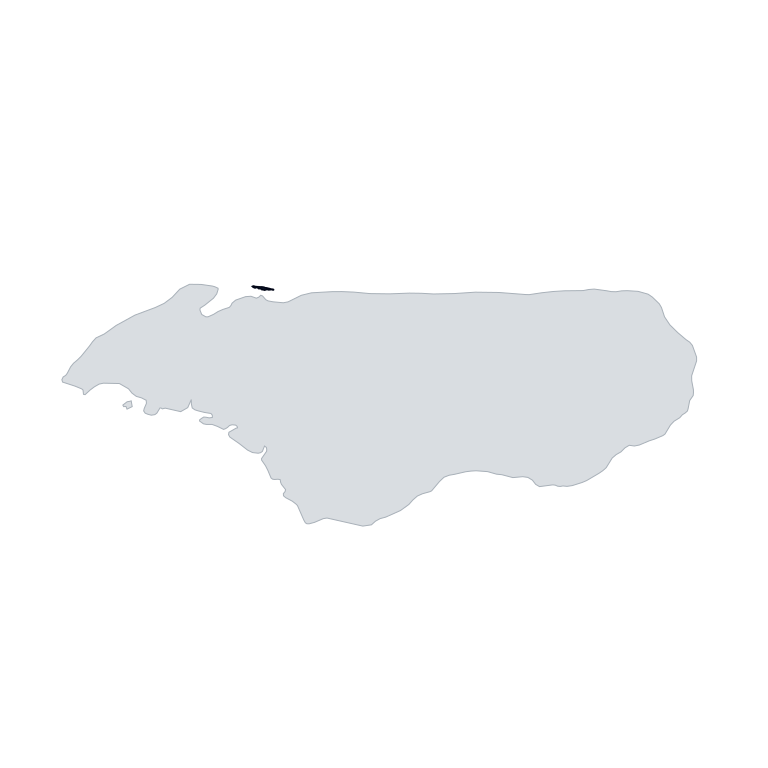 Sainte Marie, Analanjirofo, Madagascar (highlighted), rotated 253°
{"feature_id": "10022922B25342620887316", "entity_name": "Sainte Marie", "entity_type": "district", "adm_level": 2, "iso_a3": "MDG", "parent_name": "Madagascar", "parent_adm1": "Analanjirofo", "projection": "orthographic", "projection_center": [49.903, -16.911], "detail": "fine", "context": "in_parent", "style": "filled", "palette": "ink", "viewbox_px": 768, "rotation_deg": 253, "n_neighbors": 0, "source": "geoboundaries", "source_scale": "gbopen_adm2", "svg_char_len": 5958}
<svg xmlns="http://www.w3.org/2000/svg" viewBox="0 0 768 768"><g transform="rotate(253 384 384)"><path d="M494.6,93.1L496.6,97.8L499.0,102.4L506.4,113.4L509.6,117.6L512.3,122.1L513.6,131.1L518.3,145.0L522.7,166.0L524.0,187.6L525.4,197.4L528.8,206.8L534.4,216.4L536.2,227.2L532.7,238.2L527.8,248.6L526.5,250.6L524.1,253.3L523.1,253.1L519.1,250.4L515.9,246.0L511.8,235.7L510.3,230.4L508.6,229.6L503.8,230.0L500.3,233.3L499.7,235.4L500.4,241.2L501.8,246.5L502.4,251.8L502.5,258.5L503.8,260.6L505.7,262.3L507.6,266.7L508.0,277.2L506.8,282.4L503.4,287.0L503.6,289.5L504.9,292.1L503.7,293.6L499.2,295.6L497.4,297.4L495.0,302.0L491.1,311.5L490.6,316.3L493.0,330.9L492.4,341.3L487.5,361.3L484.7,370.7L480.7,382.0L474.6,396.9L468.6,415.6L463.5,434.8L459.8,446.3L455.6,457.7L449.9,477.8L445.1,498.2L437.9,520.7L428.1,545.7L427.0,549.0L425.1,561.7L423.0,572.8L420.4,583.7L415.1,601.8L414.5,607.4L413.3,612.8L408.1,624.1L405.9,628.4L404.4,632.8L403.6,638.5L402.1,644.0L398.3,654.1L392.7,662.8L388.7,666.0L380.2,670.7L375.9,671.7L366.2,671.9L356.9,674.7L347.3,679.9L338.1,685.8L334.6,688.6L330.7,690.2L318.4,690.8L314.7,689.7L301.9,680.6L297.1,679.2L288.0,678.2L285.2,677.4L282.6,676.3L278.8,671.5L271.3,667.5L269.5,666.3L268.2,663.5L267.4,660.4L265.3,657.0L263.6,650.5L261.0,645.9L253.9,638.0L253.1,635.5L252.2,626.8L252.1,621.0L251.0,610.3L251.5,605.3L253.7,600.6L252.5,595.8L249.8,590.7L248.6,585.4L246.5,580.6L239.0,572.0L237.1,567.8L235.7,563.3L232.4,549.5L231.9,544.7L231.8,534.4L232.6,529.1L234.2,525.3L234.5,522.6L235.5,520.2L237.2,518.2L238.2,515.9L240.4,502.7L243.7,499.7L248.7,497.8L252.6,494.3L254.8,489.6L256.8,479.9L262.8,470.2L264.9,465.2L269.9,457.5L274.1,446.7L275.3,441.7L276.2,436.5L277.0,425.2L277.7,419.6L277.3,414.1L274.5,408.5L267.9,398.3L267.6,396.4L267.8,388.7L267.1,383.1L264.6,377.6L261.5,372.5L258.2,362.8L256.2,346.7L256.4,340.9L255.3,335.7L253.0,330.8L254.3,322.2L272.5,290.3L273.0,286.6L272.0,277.1L272.2,271.5L272.9,269.4L274.3,268.2L277.6,267.5L293.1,265.7L295.0,264.7L298.8,262.0L304.1,256.7L306.5,255.2L308.6,255.7L310.0,257.9L311.8,259.0L318.0,256.6L320.4,256.4L322.9,256.8L324.0,254.6L324.6,251.7L325.5,249.7L327.1,248.5L335.2,247.7L340.4,246.8L347.0,244.7L348.5,245.1L354.0,252.1L355.6,252.7L357.7,253.0L359.6,251.6L355.1,248.0L354.4,245.9L354.6,243.4L356.9,238.2L360.7,234.2L369.4,228.1L378.3,221.1L381.0,220.5L383.2,221.6L385.0,229.7L384.9,231.1L386.3,231.2L388.0,230.2L389.4,226.9L389.5,224.2L388.2,221.6L387.6,219.3L387.5,217.3L392.1,212.4L395.6,207.8L397.3,202.3L398.7,199.7L402.5,196.8L403.6,197.2L404.5,199.6L405.1,202.0L404.1,204.4L402.7,206.9L402.2,210.1L404.4,210.7L406.4,209.9L409.3,204.0L412.6,198.5L414.6,195.6L417.2,193.6L421.4,194.0L425.5,195.2L418.8,189.4L417.0,181.5L424.9,167.7L425.0,164.8L426.1,163.9L426.6,162.8L422.5,158.2L421.7,155.9L422.2,152.4L424.1,149.3L425.9,147.1L428.5,146.3L430.5,147.4L435.0,151.2L438.0,151.8L441.6,148.1L444.6,143.5L449.0,140.3L454.1,138.3L461.8,131.1L466.8,116.0L467.2,111.6L466.0,106.3L464.2,101.3L461.2,95.0L462.0,93.6L466.2,94.4L467.7,93.5L472.3,87.9L479.8,77.2L482.3,77.2L484.5,79.2L485.3,82.1L486.8,84.2L492.0,89.3L494.6,93.1ZM441.8,135.6L441.8,137.3L436.0,136.6L435.1,130.9L437.9,130.7L438.5,128.4L440.2,128.1L442.1,133.1L441.8,135.6ZM512.2,296.1L507.3,304.4L508.7,297.5L514.4,287.4L516.0,286.6L512.2,296.1Z" fill="#d9dde1" stroke="#a8b0b8" stroke-width="1"/><path d="M515.5,287.0L515.5,286.9L515.4,287.0L515.2,287.0L514.8,287.2L514.7,287.2L514.6,287.3L514.5,287.5L514.4,287.6L514.3,287.8L514.2,288.0L514.1,288.3L513.8,288.4L513.7,288.5L513.5,288.8L513.6,289.0L513.8,289.4L513.8,289.5L513.7,289.7L513.7,289.9L513.7,290.0L513.7,290.3L513.6,290.5L513.5,290.8L513.4,290.9L513.3,291.0L513.2,291.1L513.0,291.4L512.9,291.5L512.7,291.6L512.4,291.8L512.2,291.9L512.0,292.0L511.9,292.0L511.8,292.3L511.8,292.5L511.7,292.7L511.7,292.8L511.6,293.0L511.5,293.3L511.4,293.4L511.4,293.5L511.3,293.8L511.2,293.9L511.0,294.1L510.9,294.2L510.8,294.4L510.8,294.5L510.7,294.6L510.6,294.8L510.6,294.7L510.5,294.8L510.3,294.8L510.1,294.9L509.9,294.9L509.9,295.0L509.8,295.3L509.7,295.4L509.6,295.5L509.6,295.8L509.4,296.1L509.2,296.3L509.1,296.6L509.0,296.9L508.8,297.1L508.8,297.3L508.7,297.3L508.7,297.6L508.6,298.0L508.7,298.4L508.7,298.6L508.8,298.7L508.9,298.9L508.9,299.0L508.9,299.3L508.8,299.5L508.7,299.7L508.5,299.8L508.5,300.0L508.4,300.4L508.5,300.4L508.5,300.6L508.4,300.7L508.2,300.6L508.1,300.8L507.9,300.9L507.8,301.0L507.7,301.2L507.7,301.4L507.7,301.5L507.6,301.8L507.5,302.1L507.4,302.3L507.4,302.6L507.4,302.8L507.3,303.1L507.2,303.4L507.2,303.5L507.3,303.8L507.2,303.9L507.1,304.0L507.0,304.3L507.0,304.5L506.9,304.6L506.8,304.8L506.9,305.0L507.0,305.1L507.1,305.3L507.2,305.2L507.3,305.0L507.3,304.9L507.5,304.7L507.6,304.3L507.7,304.1L507.8,303.8L507.8,303.7L508.0,303.5L508.0,303.2L508.3,303.0L508.4,302.9L508.5,302.8L508.7,302.6L508.8,302.4L508.7,302.4L508.7,302.2L508.9,302.0L509.0,301.9L509.1,301.7L509.3,301.4L509.4,301.2L509.6,301.1L509.8,300.7L509.9,300.4L510.0,300.2L510.2,299.8L510.3,299.7L510.5,299.4L510.6,299.2L510.7,298.9L510.8,298.7L510.9,298.4L510.9,298.2L511.0,298.1L511.1,297.9L511.3,297.9L511.5,297.8L511.6,297.7L511.8,297.4L511.9,297.2L512.0,296.9L512.0,296.7L512.1,296.4L512.3,296.1L512.5,295.9L512.6,295.7L512.6,295.4L512.7,295.1L512.8,294.8L512.8,294.6L512.9,294.4L513.0,294.2L513.2,293.7L513.3,293.5L513.3,293.4L513.4,293.0L513.5,292.8L513.5,292.6L513.6,292.4L513.7,292.1L513.8,291.9L513.9,291.6L514.0,291.6L514.0,291.4L514.1,291.1L514.2,290.9L514.3,290.8L514.4,290.6L514.5,290.4L514.6,290.2L514.7,289.8L514.8,289.6L514.9,289.4L515.0,289.3L515.0,289.2L515.2,288.9L515.3,288.8L515.4,288.7L515.5,288.6L515.6,288.3L515.7,288.2L515.8,288.0L515.8,287.9L515.9,287.7L516.0,287.5L516.0,287.4L515.9,287.2L515.7,287.1L515.5,287.0ZM506.9,305.8L506.9,305.7L506.9,305.4L506.9,305.2L506.7,304.9L506.6,305.0L506.4,305.1L506.3,305.3L506.4,305.5L506.3,305.8L506.5,305.9L506.6,306.0L506.8,305.9L506.9,305.8Z" fill="#0f172a" stroke="#020617" stroke-width="1.5"/></g></svg>